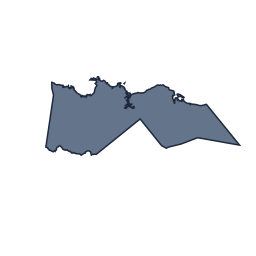 Kairuku - Hiri District, Central, Papua New Guinea (Albers equal-area conic projection), rotated 141°
{"feature_id": "67681753B66231451727699", "entity_name": "Kairuku - Hiri District", "entity_type": "district", "adm_level": 2, "iso_a3": "PNG", "parent_name": "Papua New Guinea", "parent_adm1": "Central", "projection": "albers", "projection_center": [147.055, -8.887], "detail": "fine", "context": "isolated", "style": "filled", "palette": "slate", "viewbox_px": 256, "rotation_deg": 141, "n_neighbors": 0, "source": "geoboundaries", "source_scale": "gbopen_adm2", "svg_char_len": 5988}
<svg xmlns="http://www.w3.org/2000/svg" viewBox="0 0 256 256"><g transform="rotate(141 128 128)"><path d="M52.1,44.5L52.2,96.9L52.6,97.4L53.9,97.8L56.9,99.2L58.3,100.5L60.6,103.7L63.5,106.6L64.2,107.7L64.5,107.8L64.8,107.4L64.9,108.0L64.6,108.4L66.3,109.6L67.6,113.1L67.0,115.7L67.3,115.6L67.4,114.8L67.8,114.6L68.7,115.3L68.7,115.8L69.8,114.3L69.1,115.9L70.0,116.0L70.8,116.7L71.1,117.6L71.0,118.1L71.5,118.2L71.6,117.6L71.8,117.7L71.7,118.2L71.2,118.6L71.6,119.3L70.3,120.0L70.9,120.7L71.6,120.9L72.1,121.4L72.3,121.0L73.3,121.0L73.9,120.6L74.3,119.9L74.5,118.9L74.8,119.9L74.8,120.6L75.5,119.4L75.7,118.4L76.2,117.9L76.4,118.0L75.9,118.6L75.7,120.2L74.8,121.3L74.9,122.3L74.7,123.0L74.3,123.5L73.5,123.9L73.6,124.6L72.8,125.1L72.3,124.6L71.6,124.6L71.1,124.3L70.8,124.3L70.2,126.6L69.5,126.8L69.5,127.4L69.2,127.9L69.7,128.7L70.0,128.8L70.3,129.7L71.4,130.9L71.9,131.9L71.6,132.4L71.5,133.2L71.1,133.6L71.1,134.0L72.9,136.7L73.1,137.3L73.3,138.6L73.7,139.6L75.2,140.0L75.8,141.1L76.4,141.4L77.0,141.4L77.5,142.5L78.4,143.0L82.2,143.3L83.7,144.1L86.1,144.2L86.7,144.4L87.8,145.1L89.0,145.1L89.7,145.5L90.5,145.4L91.0,145.1L92.0,145.1L94.2,145.8L95.2,146.6L95.9,146.4L95.5,146.6L95.6,146.8L96.9,147.9L97.9,149.3L99.4,149.7L101.0,150.7L103.8,151.7L105.5,151.6L105.6,151.3L107.4,150.4L107.6,150.4L107.7,150.8L108.2,150.7L109.7,149.8L110.0,149.0L110.6,148.6L111.7,146.2L111.7,145.6L110.9,144.6L110.1,144.4L109.8,144.8L109.9,144.2L110.3,144.1L111.3,144.6L111.8,143.6L112.6,143.0L112.2,142.4L111.9,141.4L111.1,140.9L110.1,141.2L110.0,140.5L110.5,140.7L111.3,140.2L111.6,141.0L111.9,140.8L111.7,140.3L112.3,140.7L112.1,141.1L112.2,141.9L113.1,143.0L112.3,144.1L113.0,144.7L113.5,144.4L114.1,144.8L114.7,144.6L115.4,144.7L115.9,145.0L116.2,145.8L116.4,144.8L117.0,144.4L117.1,144.8L117.7,145.1L118.0,145.8L117.7,145.9L116.9,144.8L116.7,144.9L116.2,146.1L115.8,145.8L115.8,145.3L115.4,145.0L114.3,145.1L113.8,145.7L112.7,146.2L112.6,146.5L112.9,146.8L114.9,146.8L114.9,147.1L112.4,147.2L112.2,147.5L112.2,148.2L111.7,149.0L111.9,149.7L111.8,150.1L111.5,149.6L110.3,150.8L107.9,152.1L107.9,152.3L108.5,152.8L109.8,152.9L110.4,153.4L111.2,153.3L111.1,153.5L108.4,153.4L107.6,152.9L106.6,153.0L105.6,152.3L104.7,152.6L104.5,153.8L104.7,154.1L106.6,156.0L106.8,156.0L107.1,154.6L107.8,154.3L107.4,154.8L107.9,155.2L107.8,155.7L107.3,155.1L107.1,156.2L106.7,156.9L106.2,157.0L106.2,159.3L105.7,160.6L105.5,162.0L106.1,161.9L106.2,162.1L105.8,162.3L105.7,163.1L106.5,165.1L107.1,165.6L107.7,165.7L108.0,164.8L108.5,164.6L108.7,165.0L108.4,166.0L108.3,165.5L108.4,164.9L108.1,165.1L108.1,165.5L107.8,165.8L107.0,165.9L106.8,167.5L105.4,167.3L105.2,167.7L106.6,168.6L107.9,169.1L108.4,168.8L108.2,168.5L108.5,168.1L108.5,167.7L109.0,167.6L109.4,167.8L110.5,167.8L112.2,168.4L114.1,169.7L114.6,168.8L114.9,168.6L115.2,168.7L114.5,169.5L114.4,170.2L115.6,171.5L115.7,172.7L115.6,173.2L115.9,173.8L115.8,174.5L116.2,176.2L115.9,176.3L116.2,176.5L116.6,176.3L116.4,179.0L117.0,180.4L117.5,180.6L118.4,180.5L119.0,180.9L119.8,182.5L119.8,183.1L119.0,184.0L119.0,184.4L119.3,184.9L118.7,186.0L118.8,186.5L119.4,187.0L119.9,186.8L119.9,185.8L119.5,185.3L119.6,184.8L119.4,184.1L119.6,183.6L120.0,183.6L121.4,185.0L121.7,185.5L121.7,186.4L122.2,186.6L122.5,187.4L122.9,187.7L123.4,188.6L123.9,188.5L123.6,187.9L124.3,188.1L124.6,187.8L125.1,187.9L125.4,188.7L125.3,189.0L125.1,189.2L124.7,189.0L125.4,189.7L127.3,189.3L123.5,185.9L123.1,185.0L123.2,183.7L123.5,183.3L125.4,183.4L125.4,180.6L128.4,179.7L132.1,176.7L135.8,176.4L136.1,176.8L136.6,176.6L136.8,176.8L136.5,176.9L136.4,177.4L136.8,177.5L136.6,177.8L137.0,177.8L137.7,178.7L138.2,178.8L138.3,179.3L139.2,179.4L139.2,179.6L139.5,179.6L139.5,179.4L139.9,179.4L140.1,178.6L140.8,178.4L140.6,178.7L141.1,178.9L141.3,179.8L141.8,180.0L142.0,179.9L142.1,180.6L142.3,180.6L142.5,180.9L142.5,180.6L142.9,180.5L142.9,180.3L143.3,180.6L143.3,182.2L144.8,181.6L144.3,183.9L145.5,186.9L145.8,188.3L145.6,188.6L145.7,190.4L145.7,191.1L146.0,191.5L145.7,192.3L145.4,192.2L144.9,192.8L144.8,193.3L145.8,194.3L146.8,194.6L147.2,195.7L147.9,195.6L148.3,195.3L148.5,195.8L148.9,196.0L148.6,196.7L148.4,196.4L148.2,196.5L148.3,197.4L147.8,198.3L148.4,198.1L148.9,198.2L149.4,198.5L149.5,199.0L151.1,199.3L151.5,200.3L152.5,200.2L152.9,200.4L152.8,201.1L151.7,201.2L151.8,201.6L151.6,202.0L153.7,204.0L153.8,204.6L154.9,205.6L156.2,206.4L157.0,207.8L157.3,209.7L157.8,210.1L158.1,211.1L158.5,211.5L162.3,206.6L165.1,200.5L203.8,164.9L203.9,164.5L203.3,164.0L202.9,162.9L203.2,162.4L203.0,161.1L203.1,160.1L202.4,159.5L202.1,158.9L202.2,158.6L201.5,157.5L201.2,156.6L199.3,156.6L199.3,155.7L198.4,156.1L197.4,156.0L196.9,156.8L195.4,157.7L194.0,157.2L193.4,157.5L192.0,157.1L192.0,156.0L191.6,154.9L192.0,152.7L191.2,150.8L190.7,150.6L190.3,149.9L189.0,149.3L189.0,148.5L188.4,146.7L187.4,146.0L187.7,144.8L187.4,143.8L186.7,143.3L186.1,143.5L185.8,143.3L185.6,142.3L184.9,142.0L184.9,141.3L184.5,140.8L182.6,138.8L181.7,138.1L181.6,136.7L181.4,136.3L178.6,136.1L177.0,135.4L176.3,136.0L174.0,135.8L172.8,134.7L172.4,134.2L172.2,132.4L172.7,131.8L173.5,130.0L172.1,129.9L171.9,129.4L170.3,128.7L169.4,127.5L112.9,127.4L113.0,93.2L111.0,88.2L108.6,87.7L96.7,82.1L80.1,76.7L52.1,44.5ZM68.5,123.3L68.4,123.0L68.6,122.8L68.6,122.4L69.2,122.1L69.3,121.9L69.0,121.0L68.2,120.0L67.1,119.5L66.3,116.9L65.3,116.4L65.2,116.9L65.4,117.5L66.4,120.7L67.1,122.1L68.1,123.3L68.5,123.3ZM113.9,145.0L113.7,144.6L113.2,145.0L112.6,145.0L112.4,145.3L112.7,145.6L113.9,145.0ZM108.2,152.8L107.7,152.3L108.0,152.8L108.2,152.8ZM145.1,194.8L144.8,194.2L144.7,194.2L144.7,194.6L145.1,194.8ZM106.1,158.0L106.0,156.8L105.9,156.7L105.8,157.2L106.1,158.0ZM106.8,151.2L106.4,151.1L106.2,151.3L106.4,151.4L106.8,151.2ZM103.1,165.0L103.0,164.7L102.5,165.0L103.1,165.0ZM145.6,196.2L145.5,195.6L145.4,195.5L145.3,196.0L145.6,196.2ZM106.7,152.6L106.6,152.3L106.2,152.4L106.5,152.6L106.7,152.6ZM109.6,153.1L108.9,153.0L109.1,153.2L109.6,153.1Z" fill="#64748b" stroke="#1e293b" stroke-width="1.5"/></g></svg>